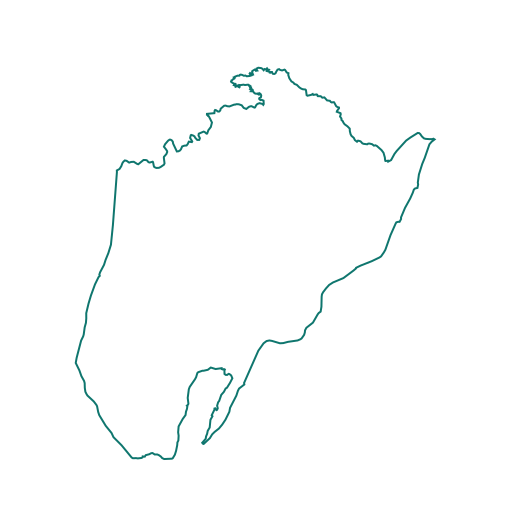 Kampong Leaeng, Kâmpóng Chhnang, Cambodia, rotated 260°
{"feature_id": "14789045B82078343775741", "entity_name": "Kampong Leaeng", "entity_type": "district", "adm_level": 2, "iso_a3": "KHM", "parent_name": "Cambodia", "parent_adm1": "Kâmpóng Chhnang", "projection": "mercator", "projection_center": [104.747, 12.405], "detail": "fine", "context": "isolated", "style": "outline", "palette": "teal", "viewbox_px": 512, "rotation_deg": 260, "n_neighbors": 0, "source": "geoboundaries", "source_scale": "gbopen_adm2", "svg_char_len": 6089}
<svg xmlns="http://www.w3.org/2000/svg" viewBox="0 0 512 512"><g transform="rotate(260 256 256)"><path d="M190.0,310.0L194.6,311.6L204.6,313.6L206.8,314.3L208.7,315.8L212.0,319.4L214.8,323.0L216.6,327.3L219.1,338.3L224.8,349.6L226.4,352.3L227.0,352.5L228.4,357.4L230.8,369.1L233.1,377.3L233.9,379.1L237.3,382.5L239.7,384.5L253.2,392.1L263.9,399.3L264.8,400.1L265.0,402.1L264.7,403.3L266.6,404.8L267.3,405.3L268.8,405.5L277.5,411.1L285.8,417.8L291.1,421.4L294.0,423.0L294.9,424.4L295.0,426.8L298.3,428.1L300.2,428.1L308.0,430.6L317.8,435.7L323.3,439.2L335.9,446.2L338.1,448.9L339.8,452.1L340.7,451.1L340.5,449.8L341.0,447.0L341.9,443.4L342.7,441.8L345.0,440.1L347.6,438.9L348.7,438.0L349.1,436.6L345.9,428.7L343.6,423.9L335.0,412.8L332.5,410.1L327.0,405.7L326.0,402.6L326.9,402.6L327.1,400.0L328.2,399.8L330.7,400.0L335.5,399.5L338.5,398.0L343.4,394.1L344.3,392.8L344.2,391.3L345.9,389.8L347.0,387.4L347.2,386.0L346.7,384.9L347.8,381.4L348.5,380.3L350.6,379.0L351.1,378.3L351.9,376.5L351.0,375.3L353.0,373.5L355.4,372.8L357.7,370.9L359.5,370.3L362.6,370.1L365.2,370.4L367.8,368.6L370.4,366.1L372.5,365.1L373.5,365.0L375.1,363.8L376.6,364.0L378.7,363.0L381.0,364.1L382.0,364.0L384.0,360.6L384.8,361.0L387.1,363.4L387.8,363.5L388.6,362.0L389.6,361.0L393.8,359.6L394.1,358.7L394.0,357.4L394.7,356.4L396.0,355.7L396.9,353.0L400.3,350.9L400.4,348.8L402.1,347.5L402.7,344.6L403.4,344.3L404.2,344.3L404.6,343.7L404.7,340.4L405.7,340.0L405.1,338.3L404.9,334.5L405.6,333.8L410.7,334.0L411.4,333.5L412.1,331.0L412.9,329.7L414.5,328.0L417.5,325.9L418.8,323.7L420.2,323.0L421.8,321.2L425.2,319.7L428.7,319.2L430.4,319.7L431.4,318.1L434.1,317.0L434.6,316.4L434.2,313.9L435.1,312.0L436.0,311.2L435.8,309.6L434.1,308.0L432.6,307.0L432.1,305.8L432.4,304.4L433.2,303.9L434.4,303.7L434.5,303.1L434.0,301.8L434.3,301.3L435.1,301.5L436.3,298.7L436.9,299.0L436.5,300.2L437.2,301.0L437.7,299.8L438.9,299.4L438.0,297.9L438.6,296.9L437.6,295.8L439.3,294.8L440.2,293.6L441.0,290.9L440.5,289.2L439.0,289.1L438.4,289.4L438.4,288.1L439.7,287.8L439.9,287.3L438.8,284.5L437.9,284.1L435.1,284.6L435.0,283.9L437.2,281.9L436.7,281.4L434.6,282.5L434.4,281.1L434.6,278.1L435.6,276.9L435.6,275.4L436.8,273.7L437.3,272.4L437.2,271.6L436.5,271.0L436.8,269.1L436.2,266.2L435.4,266.1L435.6,265.1L434.4,265.2L434.1,264.1L433.2,263.0L433.2,262.4L432.1,261.7L431.6,261.9L429.6,264.1L429.1,265.6L428.5,265.4L428.7,264.5L428.1,264.0L427.5,266.1L426.8,265.1L426.2,265.2L426.7,267.6L425.7,268.0L425.0,268.9L425.4,269.3L427.3,269.3L427.0,270.5L426.9,273.5L426.3,274.8L426.1,278.0L425.8,278.5L425.0,278.6L424.5,279.1L424.7,279.6L424.2,280.1L423.6,279.9L423.6,279.3L423.1,279.4L422.7,280.4L422.1,280.2L421.3,279.1L420.9,279.4L421.4,280.5L420.2,281.6L419.7,281.6L419.0,280.2L418.6,281.8L417.3,282.3L416.1,283.4L415.6,285.2L415.8,286.4L415.4,286.7L414.8,286.4L414.4,286.9L415.5,287.9L414.4,288.8L413.0,289.0L411.5,288.4L410.9,286.7L410.2,286.4L408.8,287.4L408.8,288.7L407.7,290.4L404.3,290.0L403.6,289.4L404.6,288.8L405.9,286.0L405.5,283.8L404.5,282.4L402.5,280.9L402.4,280.2L404.3,277.6L404.4,276.5L404.1,274.9L402.5,272.0L404.0,269.6L406.9,268.1L408.4,265.4L408.9,263.2L408.7,261.5L408.9,260.9L407.9,255.8L408.5,253.7L409.4,252.2L409.5,250.7L407.2,246.8L405.6,246.1L404.7,245.0L404.8,243.7L406.5,242.0L406.9,241.1L406.3,240.5L403.9,239.8L404.5,232.4L403.6,232.2L403.0,232.9L402.4,233.0L402.3,233.5L400.8,234.1L395.1,235.8L390.9,233.9L388.1,230.9L385.1,229.2L385.1,228.5L387.1,226.9L387.6,226.0L386.4,220.9L384.7,220.3L381.8,221.2L380.2,220.3L380.5,218.3L383.1,216.6L384.5,216.2L385.7,214.8L386.5,213.2L386.2,212.7L383.7,211.6L379.9,213.1L379.3,212.6L380.3,209.7L378.0,208.1L376.9,206.8L377.1,204.5L376.7,202.3L374.1,200.6L373.1,199.4L372.6,197.9L372.7,196.2L381.1,193.9L383.1,193.9L384.7,193.0L385.4,192.0L385.6,191.1L384.8,189.4L381.8,185.8L379.6,184.3L376.8,185.8L374.7,186.7L373.8,186.6L371.9,185.4L369.7,182.6L368.8,182.3L363.1,182.0L361.9,181.2L360.2,177.5L359.7,175.7L360.0,173.2L360.7,172.1L361.3,171.3L362.3,171.0L366.3,170.9L366.8,170.6L366.5,167.6L366.7,167.1L367.1,166.4L369.0,165.3L369.6,164.3L370.1,161.9L366.8,156.0L367.2,155.1L370.0,152.0L370.3,149.4L370.0,147.3L372.2,145.1L372.9,143.4L371.9,141.8L370.7,140.6L367.8,138.9L365.4,136.7L364.4,133.8L362.8,133.6L311.1,120.4L292.3,115.1L284.5,111.1L278.3,107.2L273.7,104.8L267.0,99.6L264.9,98.5L263.6,98.7L262.6,97.3L256.0,92.5L245.8,86.6L238.2,82.8L229.2,78.9L223.9,78.0L219.7,76.9L215.5,74.9L208.6,72.7L206.8,71.8L203.1,69.1L186.9,61.7L182.0,59.9L174.0,62.2L168.0,63.2L162.8,65.0L160.6,65.2L155.8,64.5L151.9,64.4L149.2,65.2L147.8,65.8L140.9,71.0L137.0,73.0L135.6,73.4L129.8,73.5L126.5,74.0L114.9,78.5L106.8,83.0L102.3,84.2L93.0,90.7L79.2,98.5L78.3,99.5L78.1,100.3L77.8,102.7L77.2,104.5L77.0,108.2L77.4,109.3L78.3,109.6L77.7,111.6L79.0,112.8L79.3,116.4L80.0,118.6L79.9,119.9L78.1,121.8L77.7,124.3L76.8,125.7L75.0,127.5L73.3,128.5L72.0,130.3L71.0,138.0L71.3,138.9L74.4,141.6L78.1,143.5L83.5,145.6L86.0,146.2L87.8,147.5L92.5,148.6L95.9,148.7L101.6,150.2L108.2,155.5L111.6,159.0L114.8,160.0L117.5,161.5L120.2,162.4L120.6,162.0L121.6,163.4L122.4,163.8L128.1,164.1L136.4,166.7L138.6,168.0L145.2,174.5L147.1,176.0L150.9,177.9L151.6,178.9L152.3,183.2L152.1,184.4L152.3,188.8L154.0,192.1L151.7,196.6L151.5,202.7L150.6,202.6L150.0,203.7L150.2,204.8L149.6,205.6L148.5,205.0L145.3,204.5L144.2,205.5L143.9,206.9L144.7,208.6L144.3,209.4L142.7,210.8L139.7,211.5L135.5,208.3L131.3,204.5L130.8,203.1L127.8,200.8L125.3,197.7L119.7,194.6L118.5,193.3L115.3,191.7L112.7,191.9L111.3,191.0L111.1,190.3L113.1,189.4L113.0,188.6L111.9,188.4L106.8,184.7L105.8,185.3L102.6,182.7L95.1,180.6L92.2,178.1L89.4,177.0L87.0,175.5L84.7,174.7L81.4,170.6L80.3,171.2L80.0,171.8L84.6,178.9L88.0,181.9L90.0,184.8L92.5,189.5L95.8,193.4L100.1,197.5L107.2,202.7L111.0,204.1L121.9,212.4L126.4,214.8L128.4,216.3L131.5,222.2L133.0,222.2L162.4,241.9L168.7,248.3L170.4,251.6L170.5,254.5L169.6,257.0L165.9,264.4L165.5,267.7L165.9,272.6L165.6,282.3L166.3,285.3L166.9,286.6L170.0,289.7L172.2,290.8L174.3,291.4L176.6,293.2L180.5,300.5L187.9,306.7L189.0,307.9L190.0,310.0Z" fill="none" stroke="#0f766e" stroke-width="2"/></g></svg>